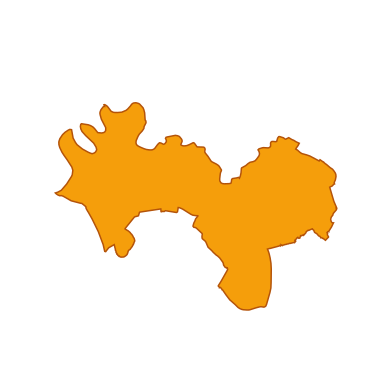 outline of Crisan, Tulcea, Romania, rotated 118°
{"feature_id": "2599482B40183957556605", "entity_name": "Crisan", "entity_type": "district", "adm_level": 2, "iso_a3": "ROU", "parent_name": "Romania", "parent_adm1": "Tulcea", "projection": "orthographic", "projection_center": [29.376, 45.1], "detail": "fine", "context": "isolated", "style": "filled", "palette": "amber", "viewbox_px": 384, "rotation_deg": 118, "n_neighbors": 0, "source": "geoboundaries", "source_scale": "gbopen_adm2", "svg_char_len": 6007}
<svg xmlns="http://www.w3.org/2000/svg" viewBox="0 0 384 384"><g transform="rotate(118 192 192)"><path d="M123.8,153.5L124.8,151.8L126.3,150.5L127.9,149.9L129.0,149.9L132.7,150.4L134.9,151.0L136.6,152.4L138.5,154.7L140.7,155.9L143.4,156.9L147.4,159.5L147.9,159.5L152.1,157.7L155.3,156.8L157.6,156.6L157.2,157.7L158.7,159.3L161.0,162.4L161.5,162.7L162.2,162.9L165.0,161.9L166.0,161.8L166.3,162.0L167.4,163.5L169.7,167.5L170.3,169.3L170.3,170.7L169.3,172.5L168.7,173.0L167.2,173.8L162.9,175.5L161.5,175.9L159.3,176.1L158.7,176.4L156.5,180.1L156.1,181.5L155.9,183.7L156.0,188.3L155.8,189.6L153.0,194.7L151.4,198.4L150.8,199.4L149.7,200.0L148.3,200.4L147.3,201.2L146.9,202.4L147.1,203.2L149.6,208.3L149.7,208.9L147.9,212.5L147.7,213.3L147.9,214.1L151.4,216.6L153.4,218.3L154.6,219.9L155.4,221.4L155.7,223.2L155.6,223.8L155.2,224.2L152.7,224.4L151.7,224.6L151.0,225.1L150.3,225.9L149.2,228.4L148.9,229.4L149.1,231.2L149.8,233.3L155.0,239.7L155.9,240.6L157.1,240.6L158.2,239.1L159.7,238.3L162.0,238.6L162.7,239.0L163.2,239.5L163.3,240.6L163.3,242.1L163.5,243.0L163.8,243.8L164.9,244.3L166.5,244.7L171.1,245.4L172.3,246.0L173.3,246.8L174.1,247.9L175.0,249.8L175.9,252.4L176.3,254.7L176.6,258.0L176.7,260.4L176.6,262.1L176.0,263.5L175.3,264.2L174.8,264.6L172.9,265.4L168.3,265.8L165.7,265.7L161.5,264.6L158.6,264.3L156.7,265.0L152.5,265.1L150.9,266.1L150.7,266.8L150.1,267.4L144.3,271.0L141.9,273.2L140.6,274.8L139.0,279.4L138.9,280.6L139.3,282.6L139.7,283.7L140.8,285.3L141.7,286.0L142.9,286.5L145.2,286.8L148.8,287.7L150.8,288.5L154.5,291.5L156.8,295.1L158.0,297.4L158.6,299.0L158.7,301.3L156.5,306.0L155.9,307.8L155.8,310.1L156.3,310.7L157.5,309.3L157.8,309.9L158.5,310.4L162.0,311.0L164.1,310.8L165.5,310.4L166.9,309.4L170.2,306.3L175.7,298.4L178.2,297.1L179.8,297.2L180.9,297.8L182.3,299.4L183.8,303.1L181.7,307.9L181.1,310.0L181.0,312.7L181.4,315.3L183.6,321.6L184.5,322.0L186.6,321.3L188.5,319.8L190.2,317.5L192.1,312.4L195.0,301.8L197.4,297.8L199.4,296.0L201.3,295.9L202.4,296.1L203.7,296.8L205.1,298.2L205.4,300.0L205.6,302.4L205.5,308.8L204.2,315.7L202.9,318.3L200.2,322.3L193.5,327.6L194.1,329.3L195.6,330.4L198.8,332.1L202.1,333.2L206.9,333.7L209.5,333.3L210.5,333.0L212.7,331.7L214.8,329.7L217.9,325.5L219.7,322.3L222.3,317.1L226.4,309.8L228.8,307.4L233.1,305.8L234.9,305.7L243.8,306.4L251.8,308.2L255.0,310.3L257.0,312.2L257.4,310.9L257.6,308.8L257.4,307.1L256.5,305.6L256.2,303.9L256.5,294.6L254.3,285.3L253.8,283.8L254.8,278.9L256.3,277.7L258.1,274.9L258.5,274.1L262.8,267.4L271.0,256.1L280.1,245.8L285.4,241.2L285.2,240.2L280.4,239.4L275.0,236.0L277.9,233.4L278.3,232.8L279.1,232.6L280.1,231.2L281.0,230.7L281.6,229.5L281.8,229.5L282.2,229.1L282.1,228.5L282.6,228.0L283.1,226.1L282.8,225.9L283.0,225.7L282.9,224.3L281.8,222.3L281.0,221.4L279.3,220.5L277.8,220.0L276.2,220.1L275.2,220.3L274.9,220.5L273.9,220.5L273.7,220.6L272.9,220.4L271.7,219.7L271.2,219.7L268.2,219.2L266.2,219.3L266.0,219.1L265.5,219.3L265.0,219.2L263.8,219.5L262.4,219.5L261.7,219.8L260.0,221.4L259.5,222.5L258.7,223.5L257.7,225.3L257.5,226.2L256.8,227.7L256.3,229.9L256.1,233.7L255.6,233.9L241.2,231.1L240.7,230.8L238.6,228.5L238.1,228.1L234.8,228.8L234.3,228.7L221.6,211.6L223.9,210.1L223.9,209.9L223.6,209.4L223.1,209.2L222.3,207.4L221.0,206.7L217.4,196.1L216.4,195.5L216.0,195.6L212.2,196.9L211.7,195.5L211.5,192.2L212.2,182.5L212.1,180.4L211.2,177.8L210.2,175.7L210.4,175.5L214.2,176.2L215.6,175.9L218.7,175.8L221.7,175.1L222.3,173.9L222.3,173.6L221.9,172.8L221.8,171.3L223.9,163.6L224.5,163.1L226.4,162.4L227.9,161.5L228.4,160.9L229.2,157.2L229.8,156.1L233.2,151.9L234.5,147.0L235.3,144.9L236.4,140.7L236.4,139.6L237.2,136.6L239.6,131.7L240.3,130.9L241.7,129.8L242.8,127.7L243.0,127.1L242.6,126.2L242.9,125.8L242.4,125.2L243.6,124.2L244.6,124.1L257.0,124.4L262.4,124.8L263.0,124.3L263.2,123.1L263.1,122.8L263.4,122.7L263.0,122.4L263.1,121.6L263.9,119.8L264.2,119.6L264.1,119.0L267.0,113.4L269.5,108.0L271.1,101.1L272.3,97.2L272.5,95.1L272.3,93.0L271.9,91.5L270.3,87.9L269.4,86.3L268.7,85.5L264.2,81.1L261.8,78.5L260.9,77.3L259.9,74.5L259.3,73.9L258.2,73.3L256.4,73.4L244.2,76.0L239.7,77.3L234.9,79.6L222.9,85.8L217.9,88.8L213.5,92.1L210.4,94.8L208.7,96.5L207.0,98.6L205.3,96.9L205.3,96.7L200.0,91.0L199.2,90.2L198.9,89.8L198.5,89.5L198.0,89.4L197.7,88.9L197.9,88.5L197.1,88.5L197.1,88.1L197.0,87.7L196.8,88.0L196.8,87.5L195.6,85.9L195.2,85.8L194.0,84.2L193.5,83.9L192.7,82.7L191.6,81.9L191.5,81.4L188.3,77.8L188.4,77.6L187.7,77.5L188.0,77.8L187.0,77.5L186.6,77.8L186.7,78.1L186.4,78.2L186.3,78.5L183.8,77.7L183.3,77.8L183.0,77.5L182.4,77.4L182.3,77.1L182.7,76.5L182.7,76.0L182.1,75.2L181.6,75.4L180.5,75.3L179.7,75.6L179.7,75.3L179.2,75.3L179.4,75.2L179.2,75.0L179.1,74.7L178.3,74.3L178.3,73.9L178.0,73.7L178.1,73.3L177.7,73.1L177.4,73.3L177.6,73.4L177.5,73.5L177.3,73.4L177.1,72.9L174.5,72.3L173.6,72.5L172.0,71.9L171.2,71.5L171.2,71.0L168.1,68.6L168.0,68.4L168.4,67.8L168.6,66.6L170.1,64.8L170.3,62.0L171.3,59.6L171.1,58.2L172.0,56.8L171.5,56.2L171.5,55.5L171.7,55.0L171.4,54.6L172.0,51.5L167.8,50.3L167.4,50.5L166.4,52.2L165.8,52.6L165.1,52.7L164.6,53.7L163.3,53.5L162.9,52.6L162.7,52.8L157.3,52.4L153.0,52.6L152.8,52.6L153.2,53.5L153.3,54.2L152.6,55.3L151.3,56.6L149.7,57.1L148.5,57.2L146.3,56.8L145.4,57.1L144.1,57.1L140.1,56.2L139.6,56.3L138.6,57.1L138.5,56.7L138.4,56.8L138.2,56.7L133.6,62.4L123.1,72.7L120.8,71.0L118.4,70.4L118.0,69.9L116.8,70.9L114.0,71.1L110.8,72.1L109.2,73.1L108.1,74.2L106.9,76.3L105.9,78.6L105.6,81.6L104.5,86.4L104.5,87.3L104.0,89.4L103.7,89.9L103.9,90.2L103.4,94.1L104.9,94.3L104.9,104.9L105.4,108.1L106.5,113.1L106.3,115.3L105.5,118.6L105.4,120.6L103.1,120.5L102.8,120.3L99.9,120.1L99.7,120.3L98.6,120.2L98.8,123.6L98.6,126.4L98.8,128.5L98.6,132.1L101.4,134.1L101.5,134.9L101.2,136.7L101.5,138.4L101.9,140.6L102.4,141.4L104.1,141.7L107.6,141.0L108.4,141.9L109.0,143.5L109.8,145.1L110.4,145.5L111.1,145.7L112.0,145.6L113.5,144.7L114.9,144.1L115.8,144.3L116.7,144.8L117.3,145.4L119.2,149.6L119.9,150.6L122.4,153.1L123.8,153.5Z" fill="#f59e0b" stroke="#b45309" stroke-width="1.5"/></g></svg>